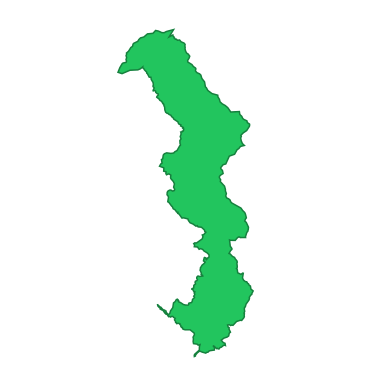 the district of Sugag, Alba, Romania, rotated 175°
{"feature_id": "2599482B22496390812806", "entity_name": "Sugag", "entity_type": "district", "adm_level": 2, "iso_a3": "ROU", "parent_name": "Romania", "parent_adm1": "Alba", "projection": "albers", "projection_center": [23.621, 45.632], "detail": "fine", "context": "isolated", "style": "filled", "palette": "green", "viewbox_px": 384, "rotation_deg": 175, "n_neighbors": 0, "source": "geoboundaries", "source_scale": "gbopen_adm2", "svg_char_len": 6005}
<svg xmlns="http://www.w3.org/2000/svg" viewBox="0 0 384 384"><g transform="rotate(175 192 192)"><path d="M251.4,316.0L243.1,318.7L235.3,318.4L232.7,319.2L230.2,320.9L230.4,320.0L229.3,319.2L228.9,318.1L226.7,315.3L226.7,314.3L226.1,313.7L224.6,310.1L222.9,309.9L222.8,307.6L221.2,304.4L221.2,301.5L221.7,301.0L221.5,300.2L220.7,299.4L220.8,298.5L221.9,296.7L221.8,296.1L220.1,296.3L219.4,295.5L219.4,294.4L218.1,293.0L217.2,292.7L217.2,291.4L218.6,290.3L218.9,289.5L216.8,287.6L216.0,286.1L214.3,284.9L213.7,283.4L213.0,282.7L213.2,282.4L212.5,281.8L212.4,280.3L211.9,279.1L211.9,276.2L211.3,273.8L209.9,272.5L209.0,272.4L208.2,271.3L206.2,270.2L205.8,268.9L204.4,267.7L203.8,266.2L199.9,263.1L199.6,261.7L199.0,260.7L197.2,259.9L197.6,258.8L195.1,257.1L195.7,256.4L194.7,255.5L195.3,253.6L196.3,253.5L196.4,252.9L198.0,252.7L197.8,252.1L197.9,250.4L198.9,248.2L198.3,245.9L199.6,244.3L199.7,241.0L199.4,240.5L199.5,239.4L200.2,239.1L203.3,234.6L205.6,233.6L206.9,232.4L209.8,232.3L213.8,233.2L216.2,232.5L217.4,231.3L218.3,227.6L219.6,227.0L219.3,223.4L220.7,222.6L222.1,220.5L218.1,218.6L218.0,217.7L218.4,215.2L216.1,214.4L216.4,212.6L215.9,211.4L213.5,212.1L211.6,210.7L212.1,208.3L211.9,207.1L209.7,204.1L208.8,201.6L209.9,198.4L209.0,196.2L209.5,195.0L211.2,194.6L212.9,195.8L214.2,195.8L215.9,195.0L216.7,193.9L217.1,191.4L216.1,189.9L215.9,188.7L217.0,184.4L215.9,183.6L213.6,179.8L212.9,179.2L212.2,177.0L210.2,175.5L209.1,173.4L207.7,173.0L208.1,172.0L206.8,171.1L204.3,166.9L202.6,167.0L198.4,165.5L198.1,164.0L196.6,161.5L193.8,160.0L191.0,157.6L189.7,158.0L189.0,156.7L185.7,156.1L183.0,153.2L182.7,151.6L181.7,150.8L184.0,148.6L185.5,148.3L185.0,146.5L185.9,144.4L192.0,140.8L193.7,141.1L194.8,140.4L194.0,139.1L194.5,137.3L191.3,136.7L189.9,134.3L188.2,134.8L186.3,133.8L185.2,132.2L182.3,130.1L180.7,128.2L180.5,126.8L181.0,125.4L182.0,125.0L183.5,123.3L183.8,123.5L183.8,125.0L185.1,125.7L185.5,125.5L186.6,122.4L185.0,121.0L186.3,119.6L188.2,118.4L190.3,115.6L190.3,114.5L190.8,113.5L189.7,110.3L190.1,109.0L188.7,108.1L188.6,107.3L192.0,107.2L193.3,107.8L194.1,107.3L194.7,106.6L194.8,105.4L194.2,104.1L194.7,103.4L196.4,102.8L196.8,101.8L196.5,100.1L198.3,98.9L198.7,96.2L200.5,95.7L200.6,95.1L199.5,94.5L199.1,93.1L197.8,92.2L198.7,91.3L198.2,90.2L198.2,89.5L199.4,88.0L198.8,87.3L198.7,86.6L200.8,85.0L201.3,83.1L202.1,81.9L204.7,81.6L205.1,81.1L205.0,80.3L205.8,79.6L208.5,80.0L210.4,80.7L213.1,82.9L214.6,83.5L214.7,84.4L215.0,84.4L214.9,85.0L215.4,85.2L215.2,85.7L215.9,86.5L217.0,86.2L218.3,84.3L220.1,83.1L221.2,78.5L223.8,75.4L224.7,73.0L226.3,71.8L228.3,74.6L228.2,75.6L228.8,75.8L229.5,76.7L231.1,77.2L233.1,80.0L234.6,80.6L234.6,81.2L235.2,81.5L235.9,82.7L236.1,82.7L236.0,81.5L234.8,79.9L233.0,78.5L233.8,78.6L233.1,78.3L233.7,78.2L234.5,78.7L232.5,77.2L231.3,76.8L229.7,73.9L228.5,72.5L226.6,71.8L227.0,71.5L226.8,70.7L226.2,70.5L226.1,69.8L224.7,69.8L224.3,69.3L222.7,69.9L221.7,69.5L221.3,68.7L219.7,67.6L220.6,66.2L219.7,64.5L219.7,63.4L219.0,63.2L218.7,62.2L217.1,62.4L215.8,61.9L216.0,61.7L214.8,60.0L214.8,58.8L213.9,57.8L213.5,57.9L212.9,56.1L210.8,55.3L205.9,54.9L202.1,51.2L202.1,49.5L203.6,47.3L203.4,45.6L203.9,43.0L203.7,40.8L200.2,40.0L199.2,38.9L197.3,39.3L198.1,37.2L198.5,33.9L203.5,30.1L204.0,29.2L204.0,27.9L202.9,28.3L202.7,29.3L200.7,31.3L198.2,32.9L195.8,31.6L192.3,30.3L191.3,31.0L190.1,31.0L188.5,32.3L183.5,32.6L183.0,35.3L184.1,36.1L184.1,36.7L183.8,36.8L181.1,33.8L180.4,34.1L179.6,33.4L178.7,33.3L177.8,34.5L176.2,34.9L174.2,36.3L172.8,36.6L172.1,36.2L172.3,38.4L174.0,39.3L175.8,41.9L172.8,43.7L169.7,44.4L168.0,45.4L167.2,48.1L165.9,49.0L167.1,52.2L166.8,53.5L167.7,54.1L168.2,56.4L166.5,56.6L165.1,55.6L164.0,56.0L162.8,55.6L158.9,59.1L155.1,60.0L153.7,59.7L151.2,62.3L150.7,63.4L150.8,64.5L150.4,66.2L150.8,66.7L149.9,68.5L150.1,70.8L149.7,72.5L148.9,72.9L148.0,75.5L144.6,79.5L144.0,81.2L144.1,82.1L142.4,84.2L141.4,84.7L141.2,85.7L139.7,88.1L141.8,90.2L142.0,93.2L143.4,94.5L143.7,95.6L144.6,96.2L145.3,97.8L146.5,98.0L148.2,99.5L149.2,101.9L148.0,106.6L148.6,106.8L150.3,105.7L153.5,107.5L153.7,110.8L154.4,111.9L153.7,112.3L153.4,113.9L153.5,117.2L153.0,118.2L153.3,119.6L154.8,121.7L155.3,123.1L157.3,124.3L159.4,127.0L160.5,127.5L158.6,130.3L157.3,131.3L157.2,132.3L158.6,134.7L158.8,141.0L157.7,140.5L153.2,140.0L150.6,142.6L149.0,143.3L147.8,142.4L142.6,142.0L142.7,142.6L140.9,147.0L139.9,147.9L139.2,149.9L138.8,152.0L140.6,157.0L142.0,158.5L141.1,160.4L140.1,161.5L140.7,165.3L141.3,167.0L143.2,169.2L144.6,171.7L153.2,177.5L154.4,179.0L154.7,180.6L156.2,182.1L157.7,182.8L158.8,184.9L157.9,187.5L158.6,190.1L158.5,191.7L159.1,195.0L162.9,199.9L162.4,201.7L163.5,203.9L163.3,205.2L161.9,206.4L159.4,207.7L159.8,210.8L161.3,212.8L161.3,213.7L158.6,216.5L155.9,217.0L151.7,224.5L146.3,225.9L143.4,230.2L141.5,231.2L140.4,232.6L139.1,233.3L135.8,233.8L137.6,235.9L138.5,238.7L138.8,241.7L138.0,243.0L138.4,244.2L135.7,246.5L132.2,248.4L129.1,252.4L128.7,253.8L128.8,254.7L130.8,256.3L131.1,258.1L134.2,259.9L135.1,261.0L135.8,263.0L137.6,265.1L137.8,268.0L146.4,268.3L149.0,272.9L151.4,275.3L154.1,277.1L156.2,279.4L156.6,281.9L157.9,284.5L157.9,286.2L163.5,288.3L167.4,291.8L168.6,294.6L169.5,295.6L169.9,300.6L172.3,304.3L173.0,307.7L174.2,309.1L176.6,310.4L177.9,312.1L177.9,313.1L177.4,314.3L177.7,315.2L179.7,316.9L181.0,319.0L184.8,321.8L184.9,323.4L183.3,325.5L182.4,327.5L183.8,329.8L185.1,330.7L186.0,332.6L186.5,335.2L186.2,336.8L186.4,338.2L186.0,339.4L186.2,340.0L187.0,341.1L189.8,342.6L191.1,344.5L193.3,344.4L194.2,345.6L195.3,345.6L195.9,346.9L196.5,347.1L196.4,348.0L197.3,349.1L197.4,350.1L201.3,348.5L196.2,355.4L203.6,354.1L205.9,353.1L208.2,353.4L211.3,355.2L214.2,356.1L217.0,353.5L222.6,353.4L226.5,350.6L229.9,350.0L231.7,348.5L232.9,346.8L237.1,345.2L237.8,344.5L238.6,342.2L240.3,341.3L242.9,337.8L245.2,336.1L245.0,335.3L245.8,333.5L245.4,331.7L246.2,329.5L245.8,328.2L246.3,326.9L249.5,326.5L250.4,325.9L253.0,322.2L255.3,317.7L251.4,316.0Z" fill="#22c55e" stroke="#15803d" stroke-width="1.5"/></g></svg>